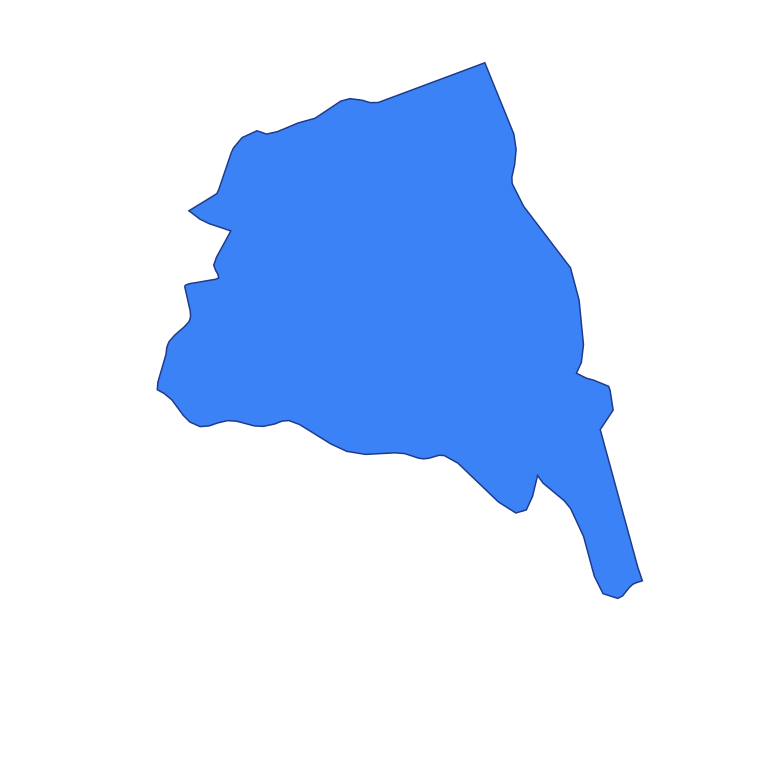 the border of Bântéay Méanchey, rotated 250°
{"feature_id": "KHM-1777", "entity_name": "Bântéay Méanchey", "entity_type": "Province", "adm_level": 1, "iso_a3": "KHM", "parent_name": "Cambodia", "parent_adm1": "", "projection": "mercator", "projection_center": [102.955, 13.824], "detail": "fine", "context": "isolated", "style": "filled", "palette": "blue", "viewbox_px": 768, "rotation_deg": 250, "n_neighbors": 0, "source": "natural_earth", "source_scale": "10m", "svg_char_len": 1479}
<svg xmlns="http://www.w3.org/2000/svg" viewBox="0 0 768 768"><g transform="rotate(250 384 384)"><path d="M172.4,519.4L203.0,516.8L212.7,513.4L236.4,499.6L245.5,497.0L227.8,485.3L217.0,474.7L217.7,463.8L233.8,451.3L284.3,426.4L296.2,416.1L298.2,411.3L298.9,400.6L300.2,395.4L302.6,391.0L311.5,379.7L315.6,370.7L324.2,342.5L333.5,325.9L345.9,313.5L374.8,290.8L382.2,282.1L384.0,275.5L383.8,267.8L385.5,255.9L389.0,247.8L399.5,232.7L403.1,224.4L404.3,214.2L404.4,207.4L404.5,205.1L406.8,196.7L414.5,188.7L423.0,184.7L441.5,179.3L450.1,174.3L456.2,169.0L463.0,172.1L486.6,189.4L492.3,192.2L494.9,194.2L497.5,196.8L501.6,204.3L505.9,215.6L509.1,221.8L510.8,223.5L513.7,225.4L519.1,226.9L543.4,230.0L544.7,231.0L544.9,233.7L544.7,236.0L540.0,261.8L540.2,264.9L542.9,265.3L545.6,265.2L548.0,264.7L552.5,264.6L554.0,264.7L560.4,269.9L580.2,292.4L594.4,274.6L601.6,267.6L613.5,259.9L619.8,290.8L620.3,292.3L623.4,295.4L653.5,319.5L657.3,323.3L664.1,334.9L665.4,351.3L659.0,359.1L657.6,370.3L658.7,392.9L657.3,409.9L664.6,440.0L663.8,449.6L658.1,460.6L653.2,467.1L650.5,474.8L651.4,588.6L574.4,591.5L559.3,588.4L545.8,582.0L534.6,574.9L528.5,573.0L503.2,576.0L436.7,596.7L429.5,599.0L396.0,596.0L352.7,584.9L336.7,576.8L328.3,568.5L320.2,576.2L316.0,582.2L305.0,594.3L300.8,594.3L281.1,590.4L267.2,571.6L124.6,559.8L110.7,559.5L111.0,553.4L110.7,549.3L108.7,544.6L103.3,535.8L102.6,530.3L112.1,518.1L131.7,515.9L172.4,519.4Z" fill="#3b82f6" stroke="#1e3a8a" stroke-width="1.5"/></g></svg>